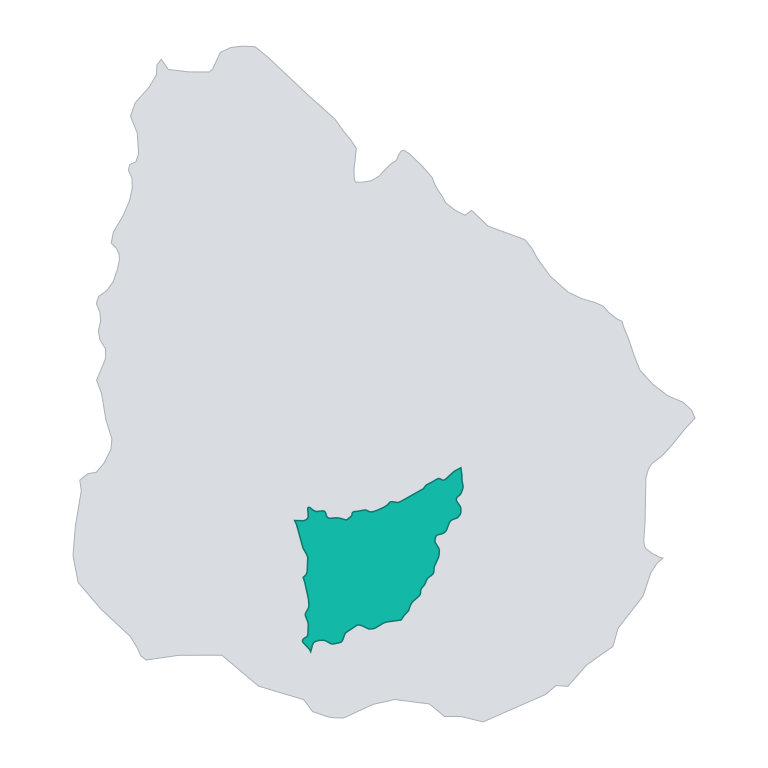 Florida on a map of Uruguay (orthographic projection)
{"feature_id": "URY-18", "entity_name": "Florida", "entity_type": "Department", "adm_level": 1, "iso_a3": "URY", "parent_name": "Uruguay", "parent_adm1": "", "projection": "orthographic", "projection_center": [-55.814, -33.776], "detail": "fine", "context": "in_parent", "style": "filled", "palette": "teal", "viewbox_px": 768, "rotation_deg": 0, "n_neighbors": 0, "source": "natural_earth", "source_scale": "10m", "svg_char_len": 4944}
<svg xmlns="http://www.w3.org/2000/svg" viewBox="0 0 768 768"><path d="M662.9,558.1L657.1,563.2L650.7,572.9L643.0,596.2L618.1,628.2L612.9,646.4L586.5,665.1L567.9,686.3L556.0,685.6L545.2,694.6L483.1,721.9L461.0,716.5L444.6,716.5L429.5,704.0L394.7,699.5L372.9,704.4L343.6,718.0L334.8,717.8L328.4,717.1L312.6,711.6L303.8,699.7L258.6,686.2L221.9,655.2L178.8,655.3L146.0,660.0L140.8,655.9L137.3,647.9L130.2,636.4L101.2,609.4L78.1,582.4L73.0,555.4L75.4,525.9L81.3,490.9L79.8,480.1L88.0,473.7L96.3,472.2L104.1,463.0L110.9,449.3L111.9,438.9L105.9,419.9L101.5,393.3L96.6,380.2L105.4,359.0L105.5,348.8L100.0,339.9L98.4,330.8L100.6,321.3L99.9,312.2L96.3,303.5L98.7,296.3L107.1,290.4L113.3,281.5L117.3,269.6L119.3,260.5L119.2,254.3L116.5,248.5L111.2,243.1L113.4,232.1L123.2,215.5L129.5,200.8L132.3,188.0L131.9,177.8L128.3,170.1L129.7,164.7L135.9,161.8L138.6,153.5L137.3,133.1L130.5,116.3L135.2,102.8L149.2,87.1L156.5,74.4L156.9,64.9L161.3,59.3L168.3,69.5L188.7,71.9L209.2,72.0L212.5,69.3L220.3,52.4L230.9,47.5L242.4,46.1L255.1,46.8L268.6,57.8L306.9,94.0L334.9,119.1L343.4,131.0L350.7,139.9L356.3,148.3L354.0,169.9L354.3,179.4L355.6,182.1L361.9,182.3L371.3,180.7L379.2,176.1L385.4,169.2L391.5,163.5L396.4,160.5L398.1,155.9L401.0,151.2L403.9,150.2L409.3,153.7L422.2,166.1L432.2,177.6L434.7,184.1L438.5,191.0L442.6,196.9L445.5,202.7L455.1,210.3L465.0,215.2L471.6,210.4L488.2,226.2L524.9,239.7L531.6,247.8L537.8,259.1L550.4,276.4L568.0,292.1L582.1,298.8L595.8,302.8L603.4,306.3L608.5,312.3L616.7,318.8L622.0,321.3L623.7,327.0L628.8,339.5L634.1,355.4L639.9,370.1L652.9,384.4L667.6,395.7L682.9,402.2L691.5,410.1L695.0,418.1L684.3,429.7L672.7,444.2L662.4,455.6L651.9,463.6L648.4,469.1L645.9,477.7L645.0,523.9L643.8,541.0L644.4,545.6L645.8,548.7L652.2,553.4L659.8,557.4L662.9,558.1Z" fill="#d9dde1" stroke="#a8b0b8" stroke-width="1"/><path d="M443.6,480.2L444.9,479.6L446.5,478.4L453.0,472.3L454.9,470.9L460.9,467.7L461.9,475.3L462.0,480.2L463.1,486.5L462.9,487.9L462.5,489.6L461.2,493.0L460.3,494.4L459.5,495.4L457.8,496.5L457.3,497.0L456.9,497.6L456.6,498.4L456.3,499.2L456.5,500.7L456.8,501.6L459.1,504.6L459.8,505.7L460.4,506.9L460.7,507.6L460.8,508.3L460.9,510.9L460.8,512.7L460.4,513.9L459.8,515.0L458.4,516.8L457.7,517.5L457.0,518.0L453.0,519.4L451.8,520.1L450.8,520.8L450.5,521.1L450.4,521.1L450.1,521.5L449.5,522.5L448.7,524.2L446.6,530.0L446.0,530.9L444.9,532.1L444.1,532.7L443.4,533.2L442.0,533.8L438.3,534.7L437.0,535.2L436.5,535.6L435.9,536.4L435.5,537.5L435.0,539.7L435.0,541.0L435.1,542.0L435.4,542.6L435.7,543.3L438.6,547.9L438.9,548.6L439.1,549.3L439.3,550.1L439.3,550.9L439.3,551.7L439.0,555.4L438.6,557.1L434.5,566.2L434.1,567.6L433.8,572.2L433.4,573.2L432.7,574.2L431.3,575.5L429.0,577.1L427.9,578.0L427.5,578.5L426.5,580.2L425.0,584.0L423.8,585.7L422.4,587.2L421.6,588.2L421.0,589.2L420.6,590.9L420.6,591.0L420.6,592.0L420.6,592.8L420.5,593.6L420.2,594.4L419.7,595.2L419.0,596.1L413.4,601.0L412.0,602.5L411.4,603.4L410.8,604.6L409.8,606.9L409.0,609.5L408.5,610.6L407.7,611.7L404.4,615.1L401.1,620.0L386.6,622.0L383.4,623.1L375.5,627.9L374.5,628.3L373.2,628.7L370.6,629.0L369.2,629.0L368.3,628.8L362.2,625.8L359.8,625.1L358.2,625.0L357.1,625.1L346.8,632.0L345.7,632.9L345.0,633.7L344.7,634.4L343.2,638.9L342.2,640.9L341.3,642.0L340.1,642.5L334.4,643.8L332.5,644.0L331.1,643.8L326.0,641.0L324.7,640.5L323.6,640.3L321.9,640.3L318.4,640.5L316.5,641.1L315.0,641.7L313.8,642.4L312.6,644.6L310.7,651.7L309.8,649.9L309.2,649.0L302.8,642.2L302.5,641.5L302.5,640.6L303.0,639.4L303.6,638.7L304.2,638.3L306.4,637.0L306.9,636.6L307.3,636.0L307.6,635.4L307.9,634.1L308.3,624.8L308.2,623.4L307.6,621.4L305.5,616.0L305.3,615.3L305.3,614.4L305.5,613.3L305.9,612.5L308.4,608.1L308.6,607.3L308.8,606.1L308.9,604.6L308.4,598.8L304.7,582.0L303.1,577.4L304.5,576.3L305.5,575.2L305.9,574.7L306.3,574.1L306.6,573.4L306.8,572.6L307.1,571.8L307.2,570.9L307.8,557.9L307.5,556.6L307.0,555.2L304.9,551.2L303.2,548.6L296.4,524.2L294.6,520.5L303.8,520.7L304.7,520.4L305.8,519.9L307.3,518.7L307.9,517.8L308.2,516.8L308.1,513.3L307.7,510.0L307.7,509.1L307.7,508.3L308.1,507.6L308.7,507.3L309.9,507.5L310.5,507.9L311.6,509.0L312.1,509.4L313.9,510.6L315.2,511.2L316.0,511.4L316.9,511.5L322.3,510.9L323.2,510.8L324.0,511.0L324.6,511.4L325.0,511.9L325.4,512.5L325.7,513.2L326.6,516.0L326.9,516.6L327.3,517.2L327.8,517.6L328.5,517.9L329.2,518.2L330.1,518.3L336.7,517.8L339.9,518.2L345.6,519.9L346.5,519.8L347.4,519.4L348.5,518.4L350.9,516.6L351.6,515.8L351.9,514.9L352.2,513.3L352.5,512.6L353.1,512.0L354.2,511.6L358.2,511.2L364.3,510.0L365.1,510.0L366.0,510.1L366.7,510.3L368.7,511.4L369.4,511.6L370.2,511.8L371.9,511.9L372.7,511.8L376.6,510.5L383.8,507.3L386.9,505.3L388.0,504.3L388.8,503.4L389.2,502.8L389.7,502.3L390.6,501.9L392.0,501.7L393.1,501.8L397.4,502.5L398.3,502.5L400.9,501.4L423.3,488.8L425.6,485.8L426.6,484.8L433.0,481.5L435.7,479.8L438.3,478.5L439.3,478.6L440.1,478.8L442.0,479.9L442.8,480.1L443.6,480.2Z" fill="#14b8a6" stroke="#0f766e" stroke-width="1.5"/></svg>